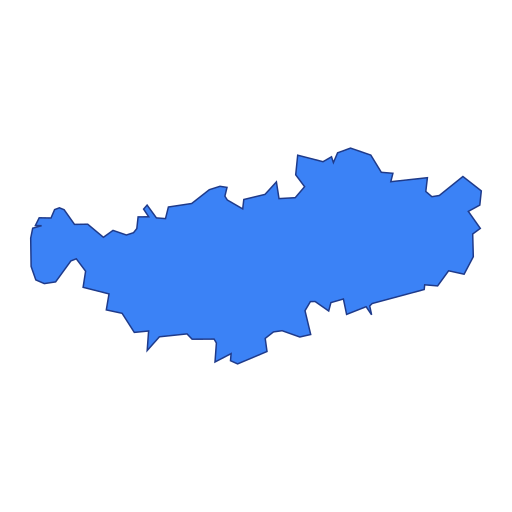 Walloon Brabant, orthographic projection
{"feature_id": "BEL-3482", "entity_name": "Walloon Brabant", "entity_type": "Province", "adm_level": 1, "iso_a3": "BEL", "parent_name": "Belgium", "parent_adm1": "", "projection": "orthographic", "projection_center": [4.525, 50.668], "detail": "fine", "context": "isolated", "style": "filled", "palette": "blue", "viewbox_px": 512, "rotation_deg": 0, "n_neighbors": 0, "source": "natural_earth", "source_scale": "10m", "svg_char_len": 1360}
<svg xmlns="http://www.w3.org/2000/svg" viewBox="0 0 512 512"><path d="M35.4,225.5L39.2,217.8L51.0,218.0L54.6,209.6L59.4,207.8L64.1,209.7L74.5,224.4L87.7,224.2L103.4,237.3L113.0,230.4L126.4,235.0L133.5,232.7L136.8,228.6L138.1,216.9L148.7,216.8L143.6,209.1L147.1,205.1L156.4,217.9L165.5,218.6L168.4,207.0L191.7,203.5L209.3,189.7L220.0,186.3L227.0,187.4L224.9,196.2L227.3,200.0L242.7,208.9L243.8,199.5L265.0,194.4L276.4,181.9L279.0,198.6L295.2,197.7L304.6,186.7L295.7,174.8L297.7,155.2L323.0,161.7L331.5,156.8L333.4,162.6L337.6,152.8L350.5,148.1L370.8,155.1L381.3,172.3L392.9,173.3L390.8,181.7L427.4,177.7L425.8,191.5L431.9,196.7L439.3,195.5L462.9,176.5L481.3,190.9L479.8,205.1L468.3,211.4L480.3,228.4L472.7,234.0L473.3,256.7L464.1,274.2L448.6,270.8L437.6,285.9L424.7,284.8L424.2,289.5L372.2,303.5L369.7,305.9L371.6,314.8L366.1,306.7L346.6,314.4L343.4,299.0L330.9,302.6L328.7,311.0L315.1,301.5L310.4,301.6L305.0,310.7L310.7,334.5L299.8,337.0L282.1,330.7L273.5,331.9L265.2,338.4L267.0,351.5L237.6,363.9L230.5,360.7L231.1,353.6L215.0,362.0L216.4,343.0L214.1,339.1L192.1,339.2L187.0,333.9L159.4,336.8L147.2,350.5L148.6,331.0L134.3,332.4L122.1,313.3L106.3,309.9L109.0,293.9L83.1,287.3L85.6,271.2L76.3,258.8L70.9,260.9L55.6,281.9L44.3,283.6L35.8,279.9L31.1,266.4L30.7,238.1L32.7,228.2L41.6,225.7L35.4,225.5Z" fill="#3b82f6" stroke="#1e3a8a" stroke-width="1.5"/></svg>